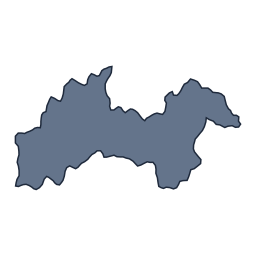 Maria da Fé, Minas Gerais, Brazil
{"feature_id": "56859067B31532504682231", "entity_name": "Maria da Fé", "entity_type": "district", "adm_level": 2, "iso_a3": "BRA", "parent_name": "Brazil", "parent_adm1": "Minas Gerais", "projection": "equal_earth", "projection_center": [-45.308, -22.318], "detail": "fine", "context": "isolated", "style": "filled", "palette": "slate", "viewbox_px": 256, "rotation_deg": 0, "n_neighbors": 0, "source": "geoboundaries", "source_scale": "gbopen_adm2", "svg_char_len": 2765}
<svg xmlns="http://www.w3.org/2000/svg" viewBox="0 0 256 256"><path d="M72.0,78.7L70.2,80.2L68.8,82.3L66.8,83.9L64.2,86.6L63.3,94.0L62.1,98.2L60.5,101.2L57.9,100.6L54.6,98.4L51.2,96.9L49.7,99.3L48.6,102.0L47.0,105.7L46.0,111.6L43.2,112.7L41.7,115.0L41.2,118.3L40.9,121.4L40.9,124.4L40.3,127.7L37.4,127.5L34.7,128.2L32.7,129.8L29.9,131.2L26.9,132.3L24.7,133.5L21.7,133.1L18.2,133.1L15.4,136.2L15.4,142.9L18.3,146.3L18.9,151.3L19.0,154.8L17.9,158.5L17.2,162.3L18.4,166.0L19.1,170.6L19.1,175.7L17.0,179.4L16.2,182.5L15.6,186.0L18.4,186.5L21.2,185.3L23.3,184.6L26.1,184.3L29.2,185.5L31.8,187.1L33.7,188.7L36.2,189.5L39.5,187.6L42.3,184.4L44.2,179.1L46.7,176.4L49.0,177.5L51.3,179.3L53.2,180.7L54.7,182.8L56.6,184.4L59.5,184.9L61.5,182.5L63.0,180.3L64.3,176.2L65.1,171.3L66.7,167.6L69.7,165.9L72.6,167.3L75.6,168.7L78.0,167.2L79.7,165.2L81.5,163.3L84.6,161.7L87.8,159.3L89.5,157.1L91.9,154.5L94.8,152.9L97.1,150.8L100.6,150.8L102.8,153.7L104.0,157.2L106.7,157.1L110.2,156.2L114.0,155.2L116.9,156.7L120.2,156.9L123.1,156.9L125.9,158.0L129.4,158.8L133.1,161.2L135.5,163.8L137.6,166.0L140.9,165.0L144.5,163.1L147.2,161.8L150.1,162.4L153.0,162.3L155.4,165.4L156.0,169.2L155.9,173.3L157.4,177.7L158.1,182.8L158.8,186.4L161.0,187.6L163.5,188.4L166.2,187.2L169.8,187.6L173.5,188.9L176.6,187.7L178.5,184.5L179.8,181.4L182.9,180.6L187.1,180.4L188.6,176.9L189.7,173.5L190.8,169.7L194.2,168.7L197.5,166.1L200.6,163.6L200.9,159.6L198.3,156.6L196.6,154.5L194.5,151.9L193.4,148.9L193.6,144.9L194.5,141.9L195.2,139.1L197.4,136.6L199.6,133.8L202.4,130.5L204.3,126.8L205.8,122.0L206.3,117.8L209.3,119.6L213.4,121.2L216.2,124.4L219.9,124.9L222.3,126.2L224.8,127.5L227.9,126.2L232.2,125.7L235.4,127.3L238.6,127.0L240.6,124.1L238.5,121.2L238.8,116.9L236.4,115.3L233.5,115.3L231.6,113.2L230.5,110.5L228.4,108.7L226.3,104.8L225.3,100.9L224.2,96.4L221.2,93.9L218.4,92.9L215.4,92.6L212.7,92.3L210.6,90.0L208.0,88.1L205.0,88.1L201.7,88.1L199.6,84.5L197.5,81.7L194.5,80.3L190.5,79.0L187.6,82.5L184.3,84.2L182.5,87.3L180.9,90.6L178.8,93.7L177.0,95.4L173.5,95.1L172.3,91.6L169.4,92.9L167.1,95.1L165.1,97.1L164.8,100.4L166.4,103.0L165.8,107.0L164.9,111.5L162.6,114.4L160.0,113.9L157.0,113.1L154.3,113.9L152.0,115.1L149.2,116.9L146.5,118.3L144.8,120.7L142.4,119.0L139.9,115.8L137.6,112.7L135.0,110.6L132.6,109.3L130.4,109.0L128.1,110.5L125.2,112.7L123.0,110.8L120.9,107.6L118.3,106.8L116.0,108.4L113.9,110.0L110.8,110.0L109.6,106.3L110.1,103.2L109.6,98.7L107.1,95.7L105.8,92.3L105.2,88.7L105.2,83.9L106.7,80.7L108.0,78.4L109.9,75.7L111.3,72.6L111.6,69.6L111.9,66.5L109.0,67.0L106.2,68.4L104.0,69.1L101.9,70.6L100.6,73.2L99.3,75.6L96.9,76.2L94.3,74.8L91.4,73.7L88.9,76.9L87.7,79.8L87.1,83.8L84.4,85.4L81.7,84.4L78.3,82.7L75.0,80.5L72.0,78.7Z" fill="#64748b" stroke="#1e293b" stroke-width="1.5"/></svg>